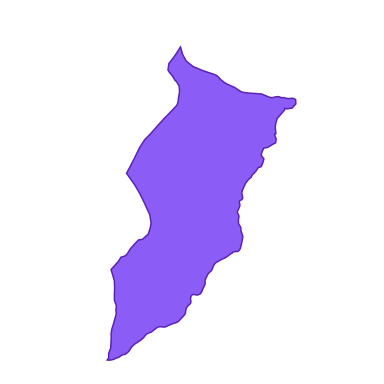 Phangyuel, Wangdi Phodrang, Bhutan (Mercator projection), rotated 346°
{"feature_id": "84629894B89694537760165", "entity_name": "Phangyuel", "entity_type": "district", "adm_level": 2, "iso_a3": "BTN", "parent_name": "Bhutan", "parent_adm1": "Wangdi Phodrang", "projection": "mercator", "projection_center": [89.951, 27.528], "detail": "fine", "context": "isolated", "style": "filled", "palette": "violet", "viewbox_px": 384, "rotation_deg": 346, "n_neighbors": 0, "source": "geoboundaries", "source_scale": "gbopen_adm2", "svg_char_len": 3340}
<svg xmlns="http://www.w3.org/2000/svg" viewBox="0 0 384 384"><g transform="rotate(346 192 192)"><path d="M216.0,261.0L217.5,260.2L219.5,260.2L221.7,260.7L222.7,260.6L223.7,260.0L224.7,259.1L225.3,258.3L227.0,255.3L229.1,250.9L229.7,249.5L230.3,248.2L230.6,246.7L230.2,242.8L230.3,240.6L230.7,238.6L230.6,237.5L229.7,234.7L229.6,233.4L230.3,230.3L230.8,229.1L231.7,227.0L231.7,226.0L231.4,224.8L231.1,223.6L231.1,222.6L231.9,221.2L232.6,220.3L233.8,218.9L235.0,217.1L235.4,215.8L235.4,213.2L236.2,212.0L237.3,211.7L238.6,211.4L239.8,210.1L240.0,205.8L240.3,204.5L241.3,202.6L243.8,199.3L246.3,196.3L249.5,193.8L250.4,193.2L252.9,192.1L253.6,191.2L254.7,189.9L256.6,188.9L259.1,187.2L261.4,185.1L262.3,184.3L263.7,184.3L265.3,184.1L267.8,180.8L269.8,177.2L268.2,173.8L268.4,171.9L272.1,166.8L276.4,167.0L282.1,165.2L285.1,164.5L286.5,160.9L286.0,155.8L287.5,155.7L288.3,150.4L288.8,148.2L290.0,145.4L292.4,141.3L301.7,134.8L302.2,133.2L304.2,134.3L309.4,134.8L314.1,131.6L314.9,127.5L313.3,125.8L311.1,125.1L308.7,124.8L307.6,124.6L306.0,123.8L304.4,122.8L302.7,122.4L301.0,121.8L299.5,120.6L297.9,120.1L295.5,119.9L293.1,119.9L291.8,119.6L289.9,118.7L283.5,113.9L282.4,113.4L280.5,112.9L278.3,112.1L273.0,110.4L269.0,109.0L265.9,107.7L264.3,106.9L263.6,106.2L260.6,103.1L259.7,101.9L258.2,100.5L256.0,98.8L252.6,96.1L250.4,94.1L247.5,90.5L246.6,89.0L246.0,87.8L244.6,85.5L243.2,84.1L240.8,82.5L236.8,80.0L231.4,76.5L229.6,75.2L226.1,72.5L224.4,71.3L223.4,70.5L219.4,65.3L218.0,63.2L217.5,61.4L216.2,56.3L215.9,48.5L208.8,55.2L207.9,56.0L201.6,61.0L200.6,61.8L198.9,66.1L198.2,67.9L199.0,70.4L201.1,74.7L202.5,79.5L203.7,81.2L205.1,85.8L204.7,89.0L203.9,92.4L201.5,97.7L200.3,101.2L198.3,104.2L191.6,108.5L186.3,111.8L182.3,114.2L173.6,120.1L167.5,124.3L166.4,125.1L158.9,129.7L156.5,131.9L152.0,136.1L147.3,141.7L145.4,144.0L140.8,149.3L138.0,152.5L133.0,158.0L138.2,171.4L140.8,180.3L143.3,191.8L143.5,193.0L145.3,202.5L145.5,203.6L144.9,211.9L142.7,217.0L139.3,222.3L132.5,225.9L128.4,225.6L126.1,227.1L123.3,228.8L118.3,232.3L114.4,236.2L111.9,237.8L107.2,238.1L103.8,241.5L94.7,247.7L95.2,259.1L93.8,266.1L92.0,272.2L90.8,277.1L90.5,278.6L91.1,284.3L89.5,288.3L89.0,292.0L86.5,296.4L84.3,300.3L81.1,305.5L79.2,310.0L78.3,314.0L75.3,324.0L74.0,325.6L72.7,327.5L71.6,329.7L71.3,332.4L69.1,334.5L70.8,335.1L72.9,335.4L74.5,335.4L75.9,335.5L77.4,334.9L79.1,334.8L81.2,334.6L82.3,334.2L84.2,333.4L85.8,333.1L87.6,333.4L88.7,333.0L91.0,332.0L92.5,331.1L95.6,328.0L96.5,327.4L99.2,325.9L100.8,325.3L104.7,324.0L108.5,322.4L110.6,321.0L112.3,319.6L113.6,318.9L115.5,318.4L118.1,318.1L119.1,317.9L121.2,316.9L122.6,316.2L123.7,315.8L125.7,314.9L126.7,314.8L128.7,315.0L130.4,315.7L133.1,316.5L138.0,315.6L143.1,314.9L144.4,315.0L145.9,314.8L147.6,314.2L151.8,311.5L153.1,310.7L154.2,309.9L155.1,309.3L156.4,307.9L157.2,305.5L158.4,303.3L160.0,301.8L163.4,299.9L164.1,299.1L164.5,297.5L164.6,295.7L165.2,294.2L165.8,292.9L167.2,291.9L168.9,291.7L170.7,292.7L172.3,293.3L175.3,292.9L176.3,292.2L177.6,290.8L179.1,288.6L180.6,286.8L181.7,285.5L182.5,284.3L183.1,281.9L183.4,280.5L185.7,277.8L186.5,276.7L187.4,275.7L189.0,274.5L191.5,273.2L192.3,272.6L195.1,268.7L196.3,267.5L197.4,266.7L199.8,265.8L200.9,265.5L204.3,264.6L206.6,264.2L207.9,264.0L212.3,262.4L214.9,261.2L216.0,261.0Z" fill="#8b5cf6" stroke="#5b21b6" stroke-width="1.5"/></g></svg>